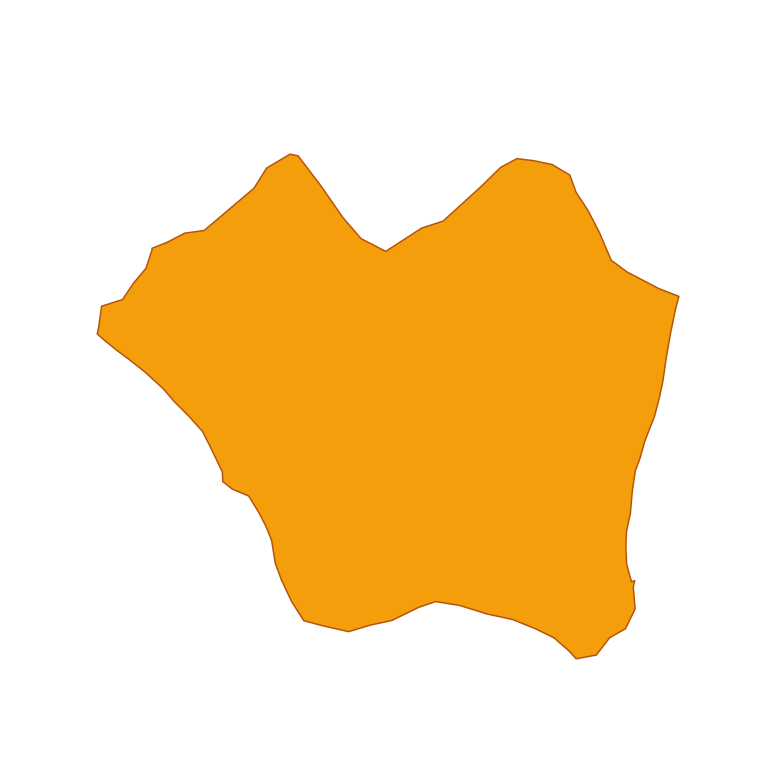 Dashkasan District, Daşkəsən, Azerbaijan (orthographic projection), rotated 282°
{"feature_id": "54616110B88384638285498", "entity_name": "Dashkasan District", "entity_type": "district", "adm_level": 2, "iso_a3": "AZE", "parent_name": "Azerbaijan", "parent_adm1": "Daşkəsən", "projection": "orthographic", "projection_center": [46.034, 40.48], "detail": "fine", "context": "isolated", "style": "filled", "palette": "amber", "viewbox_px": 768, "rotation_deg": 282, "n_neighbors": 0, "source": "geoboundaries", "source_scale": "gbopen_adm2", "svg_char_len": 1260}
<svg xmlns="http://www.w3.org/2000/svg" viewBox="0 0 768 768"><g transform="rotate(282 384 384)"><path d="M531.0,654.2L534.5,632.8L544.1,598.5L552.2,580.6L576.7,563.4L595.9,547.7L611.5,532.0L627.0,522.3L633.6,502.9L633.6,484.3L632.1,467.2L620.2,453.1L597.9,438.3L555.6,407.9L544.5,388.6L514.1,358.1L521.4,331.4L538.4,309.0L565.0,280.8L589.3,252.5L589.3,244.3L570.8,224.3L548.6,216.2L496.8,176.2L490.1,157.7L477.9,142.9L468.5,128.9L466.8,129.2L447.7,127.1L430.5,118.0L412.3,110.7L401.4,91.6L380.2,93.1L373.3,93.1L368.4,101.9L360.9,116.5L355.1,129.3L346.3,147.2L333.6,168.8L323.3,182.4L311.5,200.4L299.7,216.5L285.7,227.7L264.5,244.1L255.0,246.6L249.6,257.5L246.3,274.9L231.9,288.6L219.6,298.6L207.6,306.6L185.9,315.0L171.2,324.3L152.2,338.7L135.8,354.7L134.8,373.4L134.4,400.9L145.3,420.7L154.3,440.8L172.9,464.6L181.9,479.7L183.1,503.9L181.5,521.7L180.4,533.2L180.4,558.4L176.1,583.0L170.9,603.4L161.5,620.2L155.2,629.1L160.7,642.5L163.0,648.0L182.8,657.5L194.8,671.1L216.2,676.4L237.1,670.1L243.6,670.1L242.2,667.1L258.0,658.9L274.2,654.6L289.7,651.9L308.8,651.9L330.4,649.2L351.4,647.9L364.2,649.8L382.4,651.0L408.3,655.3L427.2,656.2L444.8,656.2L469.1,654.6L495.0,653.7L518.4,653.6L531.0,654.2Z" fill="#f59e0b" stroke="#b45309" stroke-width="1.5"/></g></svg>